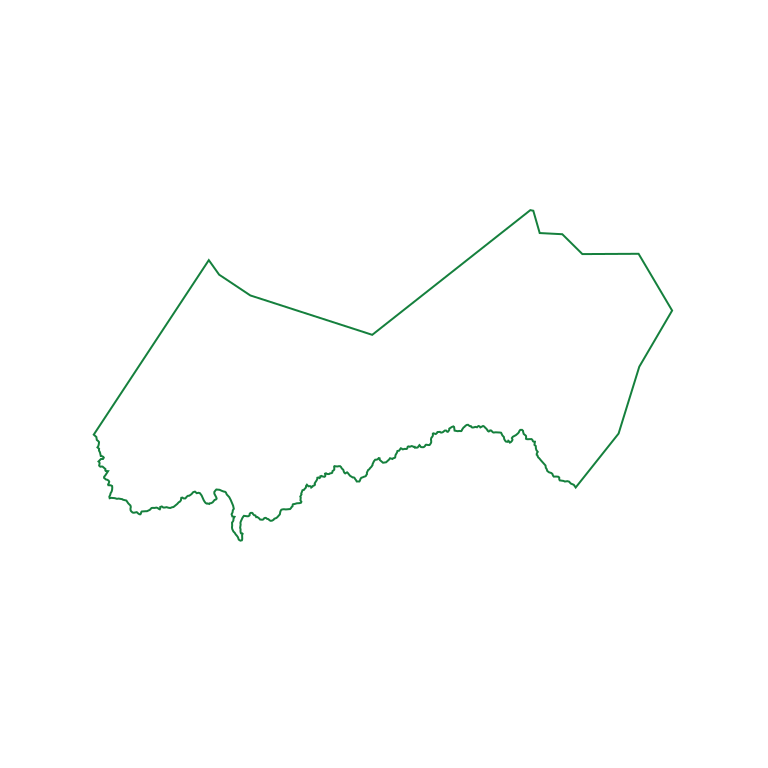 outline of Tambura, Western Equatoria, South Sudan, rotated 309°
{"feature_id": "79223893B47853667167464", "entity_name": "Tambura", "entity_type": "district", "adm_level": 2, "iso_a3": "SSD", "parent_name": "South Sudan", "parent_adm1": "Western Equatoria", "projection": "mercator", "projection_center": [26.783, 6.031], "detail": "fine", "context": "isolated", "style": "outline", "palette": "green", "viewbox_px": 768, "rotation_deg": 309, "n_neighbors": 0, "source": "geoboundaries", "source_scale": "gbopen_adm2", "svg_char_len": 6154}
<svg xmlns="http://www.w3.org/2000/svg" viewBox="0 0 768 768"><g transform="rotate(309 384 384)"><path d="M370.0,169.9L162.0,190.3L161.8,193.8L159.8,196.0L159.8,197.9L159.5,199.1L157.8,200.2L156.1,201.0L154.4,201.2L154.4,203.3L153.2,204.1L152.6,205.0L152.4,205.7L151.8,206.7L149.8,209.2L150.3,209.8L150.7,211.7L150.4,212.6L148.9,212.8L147.5,211.2L144.1,210.9L144.1,211.9L143.5,212.8L141.3,214.0L141.2,215.6L141.9,216.2L142.7,217.3L142.6,221.0L141.5,221.8L141.3,222.5L142.6,224.4L138.0,224.9L135.8,224.9L134.9,225.5L134.8,228.0L135.4,229.2L135.6,230.8L135.1,232.0L133.9,232.5L132.3,232.8L131.9,233.5L133.3,235.4L133.6,236.9L132.5,238.0L130.8,239.2L129.0,240.0L126.9,240.3L125.8,240.9L123.5,241.5L122.6,242.7L123.9,243.7L125.9,246.7L126.7,248.7L128.0,249.9L129.8,253.2L129.8,254.0L131.3,257.1L130.3,260.4L130.0,263.4L129.1,264.6L127.6,265.4L126.5,266.4L126.0,267.5L125.9,269.5L126.5,270.6L128.8,272.5L128.7,274.7L128.9,276.0L129.5,276.7L130.5,276.5L131.6,276.0L132.5,276.0L135.2,278.9L135.9,279.8L138.8,281.2L141.3,281.4L142.2,282.2L143.2,283.6L144.7,284.9L145.2,286.1L145.2,287.4L145.5,288.6L146.3,288.5L147.6,287.5L149.0,288.4L149.1,290.2L150.1,291.4L151.5,292.6L152.1,294.2L153.1,295.9L154.9,296.9L155.9,297.8L160.6,298.8L162.9,298.9L164.0,299.4L165.7,299.4L168.0,298.1L168.9,298.9L168.9,300.1L169.9,301.5L171.1,301.7L172.2,301.6L173.7,302.0L174.7,303.0L177.2,303.7L179.9,303.8L181.4,304.8L181.3,307.2L182.8,308.4L183.3,309.6L182.6,312.4L180.1,317.3L179.4,319.5L179.3,320.5L179.6,321.8L180.2,322.1L180.8,323.7L181.7,323.7L182.4,324.5L184.1,325.3L187.3,325.3L188.3,326.0L189.5,326.1L190.3,325.1L192.0,321.2L193.3,320.1L195.0,320.0L196.5,320.1L198.3,322.8L198.9,325.2L199.5,327.0L200.2,328.3L200.2,329.4L199.2,331.3L198.7,334.9L197.4,337.9L194.5,343.3L192.5,345.8L190.7,346.0L188.9,347.1L186.9,347.5L185.6,349.5L186.7,351.4L184.6,351.8L183.2,352.8L182.1,353.1L180.7,353.1L178.3,355.2L177.0,356.0L175.8,357.3L174.6,359.8L174.4,361.7L173.7,363.6L173.6,364.7L173.0,366.9L171.7,369.0L171.7,369.9L171.9,371.0L173.1,371.9L174.3,371.4L177.3,368.8L178.6,368.4L178.6,367.6L178.0,366.9L178.2,366.3L179.4,365.0L180.8,364.0L181.7,362.7L184.6,361.0L185.6,359.9L186.8,359.3L190.6,358.3L192.1,358.1L193.4,358.1L195.1,360.9L195.9,361.8L197.3,362.2L198.4,361.4L199.8,361.4L200.8,362.5L200.9,363.1L200.5,364.0L200.3,365.6L200.9,366.8L200.1,368.5L200.9,369.2L201.0,371.6L200.7,373.0L201.9,374.8L202.8,375.4L204.4,375.4L205.2,375.9L205.6,376.5L205.6,377.8L206.2,379.2L206.1,381.0L206.4,382.1L207.4,383.0L208.9,383.6L210.3,383.6L212.0,384.6L213.2,384.9L217.1,385.1L219.5,383.8L220.9,383.4L221.8,383.4L223.0,384.3L223.9,385.3L224.7,386.6L227.7,389.7L229.0,389.8L230.3,389.6L231.3,389.9L232.5,389.1L233.4,389.0L234.3,389.9L236.5,391.4L238.4,393.5L239.6,394.2L240.5,393.9L241.0,392.3L243.4,390.7L243.8,389.8L246.2,389.4L246.5,388.8L247.2,388.5L250.2,387.5L251.3,388.4L252.7,388.3L253.7,388.5L254.7,388.3L255.7,387.6L257.2,387.5L256.9,389.6L258.1,390.8L258.4,391.7L257.8,392.6L259.4,393.0L260.1,392.9L261.7,393.8L262.7,393.4L263.1,392.7L264.3,392.5L266.7,392.3L268.2,391.9L269.2,391.2L270.1,391.9L270.3,393.1L271.4,393.3L272.2,392.6L273.2,393.2L273.6,394.7L274.5,396.2L275.4,396.3L276.2,395.8L277.2,394.6L278.1,395.1L278.2,396.1L278.7,397.1L279.5,398.0L280.4,398.2L281.3,399.0L282.4,399.6L284.0,398.8L285.3,399.2L286.2,399.2L287.7,398.0L288.3,397.3L289.0,397.2L289.8,398.6L290.7,399.8L291.8,400.7L292.5,401.6L292.4,403.0L291.8,404.3L291.7,406.3L290.5,408.1L290.1,409.1L290.1,410.1L292.1,410.9L292.1,411.8L291.3,415.3L291.7,418.5L292.4,419.3L292.4,420.5L292.0,421.3L291.7,422.7L291.1,424.1L292.8,426.2L293.6,426.1L295.7,425.4L296.9,425.4L297.9,426.1L299.0,426.6L300.3,427.5L301.4,427.8L302.1,427.5L303.2,427.5L304.3,426.5L307.2,425.8L308.3,426.2L310.0,426.1L311.6,426.3L313.8,426.1L314.4,425.6L317.6,424.8L319.6,424.8L320.7,426.0L321.9,426.5L323.1,426.5L323.5,427.3L322.3,428.6L322.2,432.8L324.5,434.9L328.6,435.5L330.1,435.4L331.1,437.8L332.0,437.8L333.2,438.7L333.9,438.9L336.0,437.7L339.0,437.2L340.4,436.6L341.7,437.7L344.6,437.5L344.9,438.2L344.9,439.5L345.5,440.1L346.5,440.8L347.8,442.5L348.8,442.5L350.2,441.9L351.1,442.5L351.4,443.5L353.2,444.6L353.7,445.8L353.7,446.6L354.5,447.4L354.0,448.2L354.6,448.7L355.1,449.5L355.9,450.1L358.8,450.0L358.7,450.9L358.3,451.7L358.3,452.5L359.0,453.6L359.6,454.3L360.3,454.7L361.4,454.9L362.6,454.7L363.3,454.9L364.7,457.2L365.3,457.8L367.3,457.7L368.5,457.3L369.7,456.3L370.1,455.7L370.8,455.2L372.2,454.6L372.8,454.7L373.8,454.7L374.7,454.4L376.2,453.2L376.8,453.5L377.7,455.7L379.2,456.0L380.3,455.8L382.0,457.6L382.0,458.6L382.7,459.5L383.8,460.1L386.0,460.5L386.9,461.5L386.7,463.3L387.3,463.8L389.4,463.6L390.4,462.8L393.4,463.8L394.7,464.6L394.7,465.5L392.2,468.2L393.8,471.1L394.9,472.0L395.3,472.8L396.1,473.7L396.9,473.7L397.6,473.4L400.4,473.2L401.1,473.5L402.8,473.6L404.3,474.1L405.2,475.0L405.2,477.0L405.9,478.0L405.9,478.5L405.5,479.2L405.9,480.2L406.8,481.1L408.1,481.9L408.9,483.5L409.7,483.5L410.9,484.0L411.2,485.2L410.9,486.2L413.7,487.4L414.0,488.6L413.7,490.4L413.7,491.8L413.3,492.7L413.3,493.5L412.9,494.1L412.9,495.1L413.7,495.7L414.8,495.7L415.3,496.6L415.0,498.9L415.3,499.8L416.6,501.0L419.3,504.7L419.8,505.7L418.5,508.5L418.3,510.4L416.8,512.2L416.2,513.8L416.0,515.0L416.9,516.5L418.1,516.3L418.1,517.2L417.7,518.7L419.0,519.2L420.8,519.2L421.7,518.8L422.4,517.4L424.0,517.3L427.3,518.7L430.1,519.2L431.3,519.2L432.6,518.8L434.1,518.8L435.2,520.1L435.1,521.5L434.4,522.2L433.1,524.0L433.1,526.8L432.3,527.8L430.8,528.8L431.1,529.9L434.0,533.3L434.0,534.3L433.3,535.7L433.3,536.4L434.1,537.6L431.4,539.2L431.3,541.0L429.5,542.6L428.5,544.1L428.0,546.2L426.3,546.4L425.1,547.2L425.1,548.3L424.6,548.8L424.0,550.1L424.0,551.3L423.4,554.1L422.3,560.8L420.7,562.5L420.4,563.7L419.2,565.6L419.2,567.7L420.1,570.0L420.1,571.4L419.1,573.1L418.9,574.3L420.4,576.0L421.6,577.8L421.6,579.0L420.3,580.1L419.7,581.2L421.7,584.6L422.0,585.9L423.9,587.7L424.6,589.3L424.2,591.8L425.1,594.9L424.2,598.1L493.1,597.5L558.1,571.5L622.4,561.7L645.4,499.9L609.8,456.4L612.6,428.3L599.3,410.0L612.6,391.0L611.2,388.3L414.8,343.9L368.7,224.4L365.2,187.1L370.0,169.9Z" fill="none" stroke="#15803d" stroke-width="2"/></g></svg>